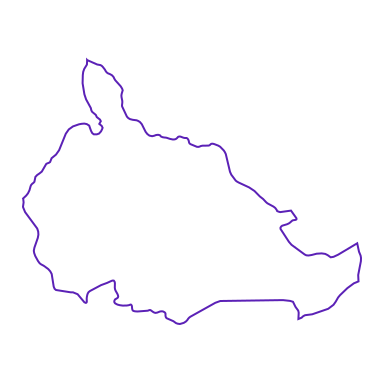 the border of Ombella-M'Poko, rotated 180°
{"feature_id": "CAF-4856", "entity_name": "Ombella-M'Poko", "entity_type": "Prefecture", "adm_level": 1, "iso_a3": "CAF", "parent_name": "Central African Republic", "parent_adm1": "", "projection": "albers", "projection_center": [18.055, 4.882], "detail": "fine", "context": "isolated", "style": "outline", "palette": "violet", "viewbox_px": 384, "rotation_deg": 180, "n_neighbors": 0, "source": "natural_earth", "source_scale": "10m", "svg_char_len": 3855}
<svg xmlns="http://www.w3.org/2000/svg" viewBox="0 0 384 384"><g transform="rotate(180 192 192)"><path d="M360.9,185.5L357.8,188.4L356.0,190.7L354.5,193.8L353.4,197.8L352.8,199.1L351.7,200.3L350.6,201.1L349.6,202.2L348.6,207.1L346.8,209.0L344.6,210.5L342.2,212.4L337.8,220.0L337.2,220.4L334.7,221.4L334.2,221.8L333.9,222.0L332.4,225.8L328.0,229.4L324.9,233.8L318.2,250.3L315.2,254.6L311.0,257.6L305.0,259.7L302.3,260.2L299.7,260.4L297.2,259.9L294.8,258.4L293.9,255.7L292.9,253.0L291.7,250.8L290.2,249.7L287.1,249.7L285.0,250.4L283.0,252.6L281.9,254.8L281.4,256.2L282.3,258.1L284.7,260.1L283.2,262.8L284.0,264.4L287.2,266.9L288.2,269.1L291.8,272.1L292.6,273.5L293.2,276.0L297.9,284.6L299.6,289.7L301.4,300.7L301.2,308.9L300.8,312.1L299.8,315.0L297.1,319.4L296.9,322.4L296.9,324.0L296.8,323.9L286.8,319.5L283.5,318.9L282.3,318.2L281.2,317.1L279.1,314.4L278.3,312.9L277.3,311.6L276.1,310.7L274.1,309.9L272.1,308.8L270.8,307.4L270.2,306.6L269.9,305.7L268.7,303.7L263.3,297.7L261.9,295.4L261.3,293.7L262.3,290.3L262.6,288.7L262.5,287.0L261.7,283.0L261.7,281.2L262.0,278.7L261.9,277.6L257.1,267.4L255.7,265.9L254.0,264.9L251.3,264.2L247.4,263.7L245.9,263.1L244.1,262.0L242.2,259.8L238.4,252.2L236.7,250.0L234.6,248.4L231.9,247.8L230.0,248.2L227.8,249.0L225.9,249.2L224.2,248.8L222.9,247.4L221.4,246.8L219.7,246.5L218.4,246.4L217.3,246.2L214.0,245.1L211.1,244.5L209.4,244.6L208.7,244.8L208.0,245.1L207.3,245.6L206.6,246.3L205.9,247.1L204.8,247.5L203.5,247.4L200.6,246.3L199.2,246.0L197.5,246.0L196.7,245.6L195.8,244.5L195.3,243.3L194.9,241.4L194.4,240.5L193.4,239.8L187.1,237.2L185.7,237.1L184.4,237.4L183.1,238.0L181.5,238.3L175.6,238.4L174.5,238.7L173.9,239.2L173.3,239.8L172.6,240.2L171.3,240.3L169.7,239.9L165.8,238.4L163.9,237.3L160.2,233.5L159.1,231.8L158.2,229.9L154.0,212.2L152.7,209.3L148.3,203.4L147.0,202.4L145.2,201.4L134.9,196.6L129.5,193.0L124.1,187.5L120.9,185.0L118.0,181.9L116.6,180.7L110.5,177.4L108.8,176.1L107.4,174.2L106.8,172.9L105.0,172.2L103.7,171.9L93.0,173.4L87.6,165.8L87.5,165.3L87.5,164.9L87.6,164.6L87.9,164.4L88.2,164.2L88.6,164.1L90.5,163.8L91.4,163.6L92.1,163.1L94.0,161.4L95.3,160.5L97.1,159.7L101.8,158.3L102.8,157.5L103.5,156.4L103.5,155.1L95.1,142.2L92.5,139.2L79.3,129.5L77.7,128.7L75.5,128.5L72.4,129.0L67.3,130.3L62.3,130.6L58.8,130.1L56.4,128.9L53.3,126.7L50.4,127.2L45.9,129.3L26.8,140.7L25.0,132.3L23.4,128.4L23.0,126.1L23.1,122.9L25.8,109.0L25.5,102.6L30.1,100.7L36.6,95.9L44.0,88.8L45.9,86.5L48.3,82.3L50.5,79.2L55.8,75.2L71.8,69.7L78.9,68.8L80.1,68.2L81.2,67.5L82.4,66.3L85.6,65.0L85.3,71.3L85.8,73.4L88.5,77.1L91.0,82.2L93.9,83.1L101.1,83.9L163.7,83.0L168.7,81.2L193.6,67.3L194.8,66.4L195.8,65.3L196.7,63.9L198.2,62.4L200.3,61.1L204.1,60.0L206.3,60.3L208.0,60.9L210.6,62.8L217.4,65.8L218.1,66.7L218.5,68.1L218.5,70.3L218.8,71.1L219.5,71.8L221.1,72.6L222.5,72.7L224.0,72.5L226.8,71.4L228.5,71.1L229.7,71.4L231.0,72.1L233.2,73.7L234.0,74.0L234.6,73.9L235.2,73.7L236.2,73.3L246.6,72.5L249.1,72.7L250.7,73.1L251.4,73.8L251.7,74.6L251.9,75.6L252.0,76.8L252.1,77.9L252.4,78.7L253.1,79.4L253.6,79.4L255.2,78.8L257.2,78.5L261.2,78.4L264.2,78.8L266.5,79.4L267.9,80.1L268.9,80.7L269.5,81.5L269.7,82.1L269.7,82.8L269.5,83.5L269.2,84.1L268.9,84.6L268.4,84.9L267.2,85.6L266.6,86.0L266.1,86.5L265.8,87.5L266.0,88.6L266.6,90.1L268.3,93.1L268.9,94.5L269.2,96.2L269.1,100.8L269.3,102.0L270.1,103.3L271.0,103.5L272.3,103.2L276.9,101.1L282.9,98.9L294.0,93.0L295.4,91.9L296.2,90.6L296.7,89.2L297.1,87.3L297.3,85.6L297.2,82.5L297.4,81.6L298.1,81.1L299.6,81.7L306.4,89.8L311.1,91.7L313.4,91.7L328.0,94.0L329.4,95.2L330.3,97.4L332.3,110.0L333.7,112.6L335.7,114.9L340.2,118.2L343.0,119.7L344.4,120.8L346.0,123.0L348.7,127.9L349.8,130.9L350.2,133.2L349.6,136.3L346.2,146.1L345.6,149.3L345.8,152.4L346.8,155.5L358.9,171.9L360.9,176.7L361.0,177.3L360.4,181.6L360.8,185.3L360.9,185.5Z" fill="none" stroke="#5b21b6" stroke-width="2"/></g></svg>